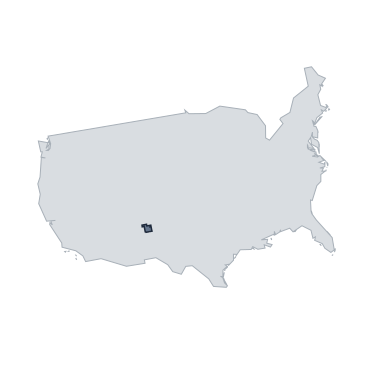 Sandoval, New Mexico, United States of America shown in context, rotated 349°
{"feature_id": "52423323B31850175994071", "entity_name": "Sandoval", "entity_type": "district", "adm_level": 2, "iso_a3": "USA", "parent_name": "United States of America", "parent_adm1": "New Mexico", "projection": "orthographic", "projection_center": [-106.623, 35.709], "detail": "fine", "context": "in_parent", "style": "filled", "palette": "slate", "viewbox_px": 384, "rotation_deg": 349, "n_neighbors": 0, "source": "geoboundaries", "source_scale": "gbopen_adm2", "svg_char_len": 4417}
<svg xmlns="http://www.w3.org/2000/svg" viewBox="0 0 384 384"><g transform="rotate(349 192 192)"><path d="M309.6,119.1L326.3,110.3L325.9,92.0L333.2,91.9L338.1,101.2L344.7,105.8L339.5,111.0L339.9,113.0L337.9,111.2L338.0,115.7L334.1,120.5L334.7,131.6L339.4,134.5L341.1,133.1L339.8,131.6L340.8,132.1L341.8,134.1L336.7,137.9L334.7,136.1L335.3,139.4L328.8,142.8L325.1,148.6L324.8,146.2L323.8,145.0L324.3,150.8L326.1,151.2L327.2,155.8L325.7,162.9L320.7,160.7L321.7,156.2L319.9,159.7L322.3,163.4L324.7,165.1L325.9,167.6L324.3,178.7L323.8,172.3L318.4,167.9L318.8,161.2L315.8,164.2L319.9,172.5L315.5,171.0L314.4,171.7L314.6,168.6L314.3,167.8L313.8,170.3L314.3,172.2L320.8,173.8L320.1,175.8L316.7,173.5L315.6,173.3L319.8,176.0L321.3,176.3L321.2,178.7L319.1,177.6L322.7,180.1L322.2,180.7L320.4,179.4L316.8,179.8L321.9,181.6L324.5,180.6L329.6,187.8L325.4,182.4L327.4,186.2L322.2,187.0L326.9,189.8L328.3,188.0L327.2,192.5L322.1,192.8L325.5,193.7L323.5,196.4L326.9,196.8L321.8,199.4L320.5,206.2L315.8,209.5L308.4,223.3L306.8,222.4L305.2,233.5L305.4,236.0L308.7,243.2L320.9,263.5L320.6,276.0L316.8,277.8L311.7,272.6L310.0,267.5L303.2,262.9L304.6,259.6L301.9,260.5L301.5,252.3L293.5,246.1L283.6,250.4L281.0,246.2L270.9,247.9L271.8,245.9L270.4,248.0L265.9,249.8L265.3,246.3L264.9,248.9L250.9,252.2L257.2,252.9L255.6,256.5L260.6,258.9L258.5,261.0L252.8,257.6L253.0,261.0L245.7,260.8L241.2,257.2L239.1,259.7L228.3,257.9L222.8,263.3L224.2,261.8L220.8,261.0L219.7,266.9L213.5,271.3L215.0,270.0L210.7,269.9L212.3,271.7L207.5,274.6L206.1,281.0L203.8,280.2L205.8,281.8L206.6,287.5L208.9,290.8L207.5,292.1L195.1,288.8L191.9,280.5L178.2,264.4L171.7,263.8L165.8,270.7L157.9,266.5L154.3,258.7L144.0,249.6L132.3,249.5L132.3,253.0L113.5,252.4L90.0,240.1L74.3,240.0L72.7,233.9L66.7,227.5L53.9,221.4L54.4,217.2L46.1,196.8L46.7,194.9L48.6,197.7L47.8,193.4L52.5,193.8L43.7,192.9L39.3,174.2L42.6,165.3L42.2,154.6L45.7,148.3L50.7,129.4L54.6,130.6L50.4,128.9L52.7,124.0L51.2,123.7L50.9,112.6L60.0,116.1L57.0,121.4L60.9,117.9L59.7,122.6L57.2,123.4L58.8,123.9L61.0,122.2L62.5,117.5L61.4,109.7L201.0,113.1L200.6,110.2L204.0,114.6L220.5,117.6L235.7,113.0L260.1,121.5L262.0,124.7L270.7,128.4L276.8,141.0L274.6,153.0L278.0,155.9L294.4,142.2L292.1,137.5L293.4,136.1L303.3,132.6L309.6,119.1ZM331.7,144.1L334.4,142.4L325.2,149.5L332.4,142.5L331.7,144.1ZM61.2,114.4L61.8,117.6L61.7,118.0L60.4,115.5L61.2,114.4ZM208.6,289.8L206.6,284.9L206.5,282.0L207.0,285.0L208.6,289.8ZM340.3,111.1L340.9,112.6L340.3,112.5L340.3,111.1ZM241.5,258.7L242.0,259.8L240.7,259.0L241.5,258.7ZM58.5,226.8L60.1,226.4L60.2,226.6L58.5,226.8ZM56.9,226.2L56.2,226.9L55.7,226.1L56.9,226.2ZM339.4,137.0L339.0,138.3L338.7,138.2L339.4,137.0ZM207.3,279.3L206.5,281.6L208.4,277.0L207.3,279.3ZM317.2,256.7L319.6,260.7L316.9,256.3L317.2,256.7ZM65.9,231.7L66.5,233.0L65.8,231.7L65.9,231.7ZM321.4,276.5L320.4,278.2L321.9,274.7L321.4,276.5ZM330.9,190.4L330.2,192.5L329.9,188.1L330.9,190.4ZM60.4,111.7L60.2,112.6L59.8,112.1L60.4,111.7ZM212.4,272.6L210.2,273.9L212.5,272.2L212.4,272.6ZM342.3,136.3L342.7,137.4L341.7,137.5L342.3,136.3ZM65.5,235.1L65.9,236.6L65.3,235.2L65.5,235.1ZM209.7,274.8L208.8,275.5L209.6,274.5L209.7,274.8ZM326.0,169.6L325.5,172.3L325.9,168.7L326.0,169.6ZM222.2,264.4L220.7,265.4L222.7,263.6L222.2,264.4ZM305.7,234.6L305.9,236.5L305.4,235.2L305.7,234.6ZM327.4,196.9L327.1,197.4L328.0,195.6L327.4,196.9ZM287.2,249.1L285.7,250.5L285.0,250.4L287.2,249.1ZM265.2,249.6L264.9,250.0L263.9,250.1L265.2,249.6ZM308.2,268.1L308.6,269.4L307.8,268.0L308.2,268.1ZM261.1,253.1L261.0,254.3L260.6,252.2L261.1,253.1ZM318.1,280.7L317.2,281.1L318.5,280.3L318.1,280.7ZM327.2,156.7L327.1,158.0L327.2,156.2L327.2,156.7ZM329.3,193.2L328.9,193.8L329.3,193.2Z" fill="#d9dde1" stroke="#a8b0b8" stroke-width="1"/><path d="M138.5,222.1L138.9,222.1L139.2,222.8L140.7,222.8L142.0,222.8L142.4,222.8L142.6,222.8L142.7,223.0L142.7,222.9L143.0,222.8L143.6,222.8L143.9,222.8L144.3,222.8L145.3,222.8L145.3,222.6L145.2,222.1L145.2,221.6L145.2,221.0L145.2,220.6L145.2,220.4L145.2,219.4L145.2,218.6L145.0,218.3L144.5,218.1L144.4,218.2L144.2,218.2L144.3,218.0L144.3,217.0L144.8,217.1L144.9,216.9L145.1,216.9L145.2,217.0L145.2,216.7L144.4,216.7L142.3,216.7L141.7,216.7L141.3,216.7L141.2,216.7L141.2,215.0L140.1,215.0L138.9,215.0L138.6,215.0L137.9,215.0L136.6,215.0L136.5,216.7L138.5,216.7L138.5,219.4L138.5,221.2L138.5,222.1ZM145.2,217.8L145.2,218.0L145.2,217.8Z" fill="#64748b" stroke="#1e293b" stroke-width="1.5"/></g></svg>